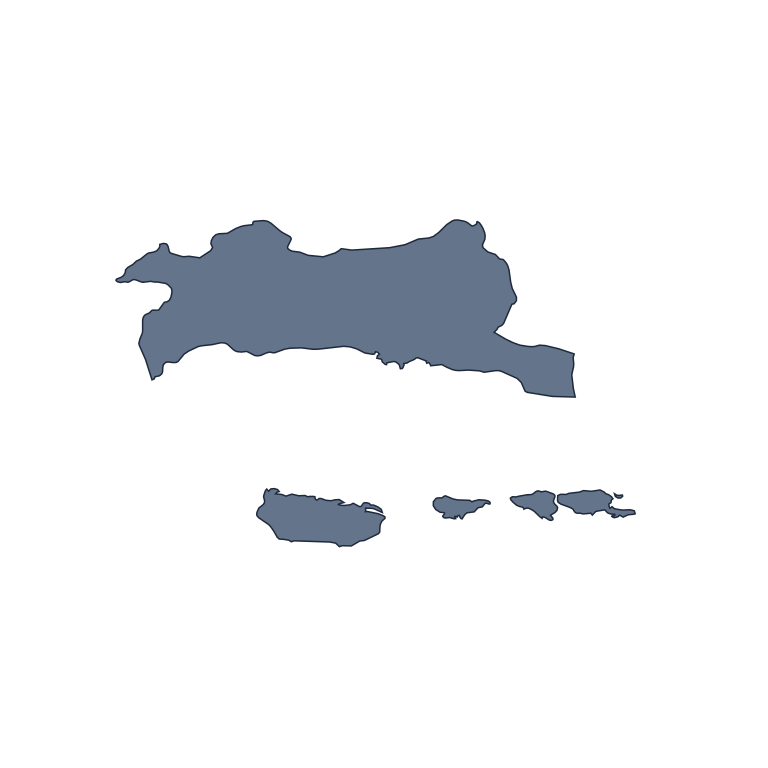 the border of Sumatera Barat, rotated 303°
{"feature_id": "IDN-539", "entity_name": "Sumatera Barat", "entity_type": "Province", "adm_level": 1, "iso_a3": "IDN", "parent_name": "Indonesia", "parent_adm1": "", "projection": "natural_earth1", "projection_center": [100.097, -1.223], "detail": "fine", "context": "isolated", "style": "filled", "palette": "slate", "viewbox_px": 768, "rotation_deg": 303, "n_neighbors": 0, "source": "natural_earth", "source_scale": "10m", "svg_char_len": 6176}
<svg xmlns="http://www.w3.org/2000/svg" viewBox="0 0 768 768"><g transform="rotate(303 384 384)"><path d="M477.2,551.5L465.3,532.0L455.0,508.7L454.8,506.3L460.1,498.2L461.2,492.5L458.6,475.8L457.8,473.1L455.9,470.2L448.4,461.6L447.1,457.1L441.7,447.3L436.0,439.5L434.4,436.5L433.3,433.4L432.3,427.7L431.8,421.9L424.7,413.2L425.8,411.8L426.3,409.6L424.7,408.6L426.0,406.7L426.3,406.8L424.5,398.3L423.5,396.8L421.2,396.1L416.4,392.9L414.2,391.9L411.8,389.4L410.9,390.4L408.0,391.0L406.8,390.8L405.7,389.4L408.1,386.7L408.7,385.5L408.9,381.7L408.2,379.9L403.3,374.9L401.6,375.6L401.1,374.2L401.7,370.3L403.1,369.0L403.3,368.0L401.7,364.0L404.1,363.1L406.5,364.0L407.1,361.7L406.9,360.6L406.5,359.4L404.0,359.7L402.7,358.2L399.6,351.1L398.6,342.0L396.7,335.4L393.7,329.7L377.4,309.9L374.4,305.5L369.4,295.2L363.0,285.9L359.1,281.7L350.9,275.5L349.7,273.9L348.6,270.9L346.1,268.5L340.9,265.1L338.7,262.6L337.5,260.1L336.6,251.2L333.1,246.9L331.2,243.3L330.8,241.5L330.7,239.2L332.1,230.9L331.5,227.8L329.8,224.8L323.2,218.2L316.6,210.1L314.1,207.7L305.2,202.2L300.2,200.1L290.7,199.0L288.9,198.0L287.3,195.8L284.8,190.8L283.0,189.0L280.1,188.5L277.9,189.2L273.7,191.6L271.8,192.1L269.3,191.5L268.1,190.8L265.5,188.1L263.1,188.5L261.1,187.2L274.7,170.6L283.2,157.7L284.5,156.3L289.1,154.7L294.8,153.7L297.5,152.4L305.9,146.9L308.7,145.8L311.1,145.8L312.9,146.6L315.8,148.5L319.2,149.2L319.9,149.7L322.7,154.1L323.8,154.8L332.2,155.2L333.2,155.5L334.6,157.2L337.5,158.4L341.2,157.9L346.0,155.9L348.4,153.7L349.5,149.1L349.5,146.2L346.2,138.6L344.6,136.1L343.0,132.4L338.0,126.4L337.3,124.6L336.3,119.6L335.2,116.9L330.7,114.5L329.9,113.8L328.5,110.8L325.6,107.7L324.6,104.9L324.7,103.4L325.1,102.6L326.6,102.7L330.2,105.4L333.2,106.5L336.6,106.3L338.9,105.1L342.1,105.6L347.5,108.3L352.2,109.4L355.7,111.6L364.1,114.4L365.7,115.3L369.2,119.0L371.3,120.5L373.1,121.1L375.9,121.3L377.7,120.9L378.9,119.9L381.7,122.3L382.9,125.0L382.8,126.1L381.6,128.2L378.3,131.6L377.7,133.1L377.7,134.4L380.8,144.9L381.7,146.8L385.0,151.0L389.5,160.8L401.4,166.0L405.1,165.9L407.4,162.4L410.1,161.2L413.8,160.7L417.7,161.7L420.2,163.9L425.1,170.6L433.5,174.9L438.2,178.2L440.8,180.7L445.6,186.5L446.3,187.0L448.2,186.0L449.3,186.2L449.9,186.7L455.6,194.2L457.1,197.9L457.3,201.6L455.8,213.3L455.7,216.5L456.4,224.9L455.6,226.8L454.5,227.4L446.5,228.4L445.3,229.4L444.9,231.9L445.4,234.7L448.7,241.5L450.6,250.3L457.6,263.8L467.2,271.6L471.5,273.7L474.2,274.4L478.8,284.1L501.4,314.5L512.3,325.8L524.2,333.8L530.9,342.1L534.7,345.1L540.9,347.4L551.8,349.8L557.5,352.2L559.8,353.8L561.8,356.6L564.3,362.8L564.8,365.8L564.4,371.8L565.9,373.2L568.1,374.3L569.2,374.3L570.5,373.6L571.1,373.9L571.1,376.3L570.1,379.0L568.5,382.1L565.7,386.0L563.4,388.1L560.3,389.8L554.3,390.8L552.3,392.7L551.3,399.1L553.3,406.9L551.9,412.4L552.1,413.7L553.2,415.7L553.2,416.8L552.0,420.8L550.6,423.3L547.9,426.6L538.4,434.8L534.0,439.5L529.0,447.8L525.9,449.7L522.1,449.4L520.6,447.8L500.2,451.3L497.6,451.0L493.6,448.7L491.6,449.1L487.3,448.2L487.9,461.7L488.9,469.5L490.6,476.8L493.9,484.2L495.9,487.8L497.6,490.0L501.3,493.3L504.1,498.4L508.7,511.4L512.8,527.1L509.1,528.3L504.1,532.3L501.6,533.6L493.9,536.5L483.2,545.4L477.2,551.5ZM275.3,438.8L276.8,441.3L277.6,445.7L277.4,450.0L275.3,452.6L273.9,443.5L273.0,441.4L269.8,436.1L268.4,437.3L266.8,437.9L268.0,439.4L272.0,449.6L273.1,455.0L273.1,457.1L271.9,458.0L267.7,456.9L264.7,457.3L262.7,458.0L257.4,461.1L255.3,460.8L242.1,452.8L239.1,449.2L230.4,444.8L225.6,437.0L223.3,435.2L224.2,430.2L222.0,424.7L203.5,394.0L201.2,392.2L201.2,389.4L199.2,384.7L196.9,380.6L197.4,377.8L200.4,372.1L202.6,366.7L203.3,363.8L203.6,351.8L204.3,349.3L205.5,348.1L207.4,347.3L211.9,346.6L217.1,348.4L219.3,348.4L221.0,347.5L223.8,344.5L225.3,343.8L230.2,342.6L232.0,342.9L231.2,345.6L234.3,346.2L236.5,348.9L237.5,352.1L236.7,354.7L235.0,353.2L232.8,352.9L235.6,358.2L236.6,362.9L241.4,366.7L243.9,373.5L247.5,378.5L247.9,381.6L249.1,382.7L251.5,386.4L251.7,387.7L251.2,387.8L250.3,389.0L249.8,390.5L250.5,391.2L252.7,392.0L253.8,393.8L254.8,398.5L257.2,403.1L260.3,406.1L262.7,409.4L262.8,415.0L258.8,411.4L258.0,411.4L258.8,413.9L260.5,416.8L264.3,421.5L267.2,423.1L267.9,430.6L269.0,431.5L272.7,431.6L273.9,432.4L275.1,434.4L275.8,436.8L275.3,438.8ZM404.9,645.3L408.1,652.6L412.7,659.1L414.0,662.9L412.0,665.4L410.6,664.2L407.2,659.9L402.6,657.1L402.3,653.0L400.2,652.6L397.8,650.5L397.0,649.2L397.0,647.1L397.8,647.1L398.4,648.5L399.0,648.9L399.8,649.0L400.4,648.5L398.6,645.3L397.8,642.4L397.8,641.2L398.7,637.7L392.6,631.1L387.5,630.1L388.3,627.9L383.5,621.8L382.4,618.7L380.8,616.4L380.4,614.7L380.7,613.1L381.7,611.4L382.0,610.1L381.7,607.0L379.6,597.8L379.6,594.6L380.7,593.0L385.1,590.5L387.6,592.1L390.6,596.9L393.1,598.7L399.8,606.8L403.3,609.4L406.9,616.3L412.8,622.9L413.3,627.7L412.8,629.8L413.5,632.5L413.4,636.0L412.5,638.5L410.4,637.9L408.1,639.0L405.7,637.9L403.5,640.0L402.8,641.2L405.3,642.0L404.9,645.3ZM382.2,577.9L384.1,586.1L383.7,587.9L382.5,588.8L378.8,589.6L377.3,590.5L376.4,592.1L375.7,595.6L374.9,596.9L372.2,597.9L369.3,597.4L364.7,595.1L363.4,598.7L362.3,599.5L360.8,598.7L359.9,596.8L359.8,591.8L359.1,589.5L357.4,589.8L357.6,586.8L359.1,579.1L359.0,575.3L358.5,572.7L357.3,570.8L355.2,569.5L356.2,568.0L356.1,566.8L355.2,564.9L354.5,561.2L355.2,556.2L356.0,553.4L357.1,552.1L359.3,553.0L361.5,556.7L362.7,557.5L369.0,564.3L371.3,567.5L372.5,568.6L376.5,570.0L378.2,571.2L379.5,575.0L382.2,577.9ZM338.6,526.6L341.6,532.0L342.7,535.1L342.6,537.5L342.6,536.5L342.1,537.8L341.2,538.2L340.5,537.5L339.7,534.5L338.7,533.8L334.5,533.4L331.5,530.3L325.9,529.3L321.1,523.7L318.4,522.9L313.3,522.9L313.2,521.2L314.8,518.6L313.3,517.4L312.6,518.0L312.2,517.9L311.7,515.6L310.9,515.6L310.1,517.4L309.1,516.2L307.8,511.9L304.9,508.3L304.5,506.9L304.9,505.4L305.8,505.1L307.4,505.5L308.8,505.0L308.5,503.7L307.0,501.0L306.9,495.7L308.8,491.6L312.2,489.5L316.5,490.0L317.9,491.3L320.1,494.7L322.4,495.4L323.7,496.5L325.2,504.5L326.8,508.7L333.1,519.2L333.1,522.0L334.3,522.6L338.6,526.6ZM417.5,637.1L417.5,639.6L418.3,641.4L420.7,644.4L419.9,645.3L417.3,644.6L415.8,642.2L415.7,639.3L417.5,637.1Z" fill="#64748b" stroke="#1e293b" stroke-width="1.5"/></g></svg>